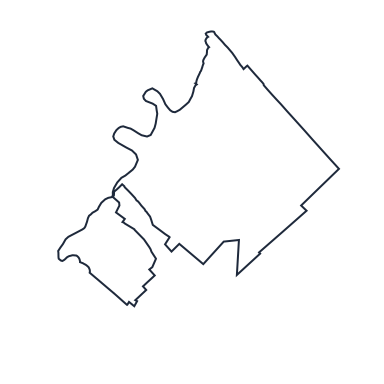 outline of Dranic, Dolj, Romania, rotated 220°
{"feature_id": "2599482B41865085519880", "entity_name": "Dranic", "entity_type": "district", "adm_level": 2, "iso_a3": "ROU", "parent_name": "Romania", "parent_adm1": "Dolj", "projection": "orthographic", "projection_center": [23.87, 44.068], "detail": "fine", "context": "isolated", "style": "outline", "palette": "slate", "viewbox_px": 384, "rotation_deg": 220, "n_neighbors": 0, "source": "geoboundaries", "source_scale": "gbopen_adm2", "svg_char_len": 4012}
<svg xmlns="http://www.w3.org/2000/svg" viewBox="0 0 384 384"><g transform="rotate(220 192 192)"><path d="M283.3,321.3L283.2,321.5L282.7,321.6L282.4,321.6L282.0,321.5L279.4,321.2L279.6,320.7L279.6,320.3L279.7,319.9L279.8,319.6L279.7,318.8L279.6,318.4L279.5,317.6L279.3,317.2L279.1,316.7L278.9,316.5L278.7,316.2L278.3,316.0L277.6,315.6L277.2,315.4L276.9,315.1L276.6,314.9L276.0,314.8L274.8,314.4L273.8,314.2L273.0,314.0L272.1,313.9L272.2,313.6L272.1,313.2L272.2,312.8L272.2,312.3L272.1,312.0L271.9,311.5L271.9,311.1L271.8,310.7L271.6,310.3L271.3,309.8L270.9,309.3L270.5,308.9L270.2,308.4L269.9,307.9L269.5,307.4L269.1,306.8L269.0,306.5L269.0,306.2L269.0,305.8L269.0,305.5L268.9,305.2L268.9,304.8L268.8,304.3L268.8,303.5L268.6,302.5L268.4,301.6L268.2,300.6L267.7,299.5L267.4,299.1L267.1,298.8L266.7,298.6L266.2,298.2L265.8,298.0L265.7,297.8L265.6,297.6L265.6,297.3L265.5,297.0L265.1,295.9L264.6,294.7L264.2,293.9L264.0,293.2L263.7,292.5L263.3,291.5L262.9,290.1L262.9,289.6L262.9,289.3L262.8,288.9L262.5,288.2L262.2,287.0L261.8,285.5L261.5,284.2L260.5,281.2L259.7,279.5L258.8,278.1L259.2,277.4L257.5,277.4L257.9,276.1L257.3,273.0L255.5,269.8L253.6,265.4L253.1,262.6L252.3,258.8L252.8,255.1L254.2,247.1L255.3,244.3L256.3,242.2L258.5,240.9L261.3,240.6L264.9,241.2L268.8,242.1L273.9,244.6L279.6,246.6L283.3,246.9L289.0,245.9L291.3,241.4L291.8,239.1L291.1,234.2L288.8,232.5L285.8,232.1L283.7,232.8L279.0,234.4L274.9,234.9L271.6,231.9L268.9,229.6L263.7,220.9L261.9,217.0L260.3,209.1L262.1,205.6L267.1,203.1L271.0,202.4L276.5,201.7L279.8,201.1L282.3,199.9L286.9,198.1L288.5,196.1L289.3,193.9L289.7,190.8L289.2,186.8L288.0,183.9L287.8,183.8L285.0,182.1L279.9,182.2L271.1,183.8L264.7,185.2L259.0,184.8L254.1,181.8L251.9,174.7L251.8,171.1L253.6,161.8L255.2,157.5L255.4,151.3L254.3,144.9L252.6,141.0L250.5,138.6L250.1,136.6L252.4,133.7L253.8,130.6L254.5,125.4L253.8,120.9L253.0,117.9L253.1,117.4L253.8,115.0L254.9,112.2L255.1,109.7L255.6,107.7L254.9,105.1L253.3,101.7L251.5,96.9L251.3,95.2L251.5,94.2L252.0,92.6L254.9,85.5L256.6,81.4L257.9,78.2L258.4,74.5L257.4,69.1L257.1,64.8L256.6,60.8L255.2,59.5L254.0,58.1L252.6,56.5L251.7,55.6L251.1,55.2L250.0,55.2L248.9,55.2L248.4,55.2L247.9,55.5L247.1,55.7L246.7,56.5L246.2,58.0L246.0,59.3L245.9,60.6L245.7,62.0L244.9,63.9L243.8,65.4L243.1,66.5L241.9,67.5L239.7,69.0L238.7,69.1L237.1,69.0L235.8,68.6L234.8,68.1L233.2,66.9L232.7,66.3L229.8,67.3L228.0,67.6L226.9,67.9L225.6,68.0L224.3,68.0L222.8,67.9L221.5,67.3L220.4,66.7L219.8,66.2L219.0,65.3L218.5,64.4L217.7,64.4L185.4,64.2L171.2,63.8L169.2,63.8L169.1,64.2L169.6,67.3L162.8,67.4L163.9,73.1L165.9,72.7L164.1,87.5L168.9,88.2L168.3,93.1L168.3,93.3L166.9,104.1L174.9,105.2L174.1,108.9L176.7,117.7L176.9,117.8L184.7,120.2L186.9,121.5L189.2,122.3L198.3,124.8L211.6,126.1L212.2,126.4L223.0,124.7L223.9,124.7L224.7,124.7L225.9,124.3L226.2,128.2L237.1,127.5L238.9,135.0L241.1,137.1L249.3,137.3L249.7,139.3L251.9,142.2L251.3,145.3L250.8,149.1L250.5,153.0L247.5,152.9L246.6,152.4L241.7,152.0L237.1,151.5L231.8,150.8L229.1,149.9L227.4,150.1L225.5,149.8L222.0,149.0L217.4,148.4L215.2,147.5L214.2,147.6L212.4,147.1L208.3,146.2L205.4,144.5L200.9,141.6L192.9,142.1L185.4,142.5L180.3,143.1L180.1,143.0L179.0,134.6L169.4,133.2L168.4,144.1L137.0,144.0L135.8,174.4L125.2,185.4L104.3,157.3L100.2,188.6L101.8,188.8L97.0,219.6L92.2,251.3L99.7,251.8L97.0,278.3L94.3,304.2L108.5,306.1L133.9,309.7L145.2,311.4L171.8,315.1L180.3,316.4L187.0,317.2L193.1,318.0L200.6,319.1L205.0,319.8L205.6,319.9L205.9,320.1L206.2,320.4L206.4,320.6L206.8,320.8L209.0,321.2L211.5,321.5L215.4,322.1L219.1,322.6L230.8,324.4L231.0,323.6L231.2,322.0L231.4,320.0L231.5,319.3L233.4,319.9L235.1,320.2L236.6,320.4L238.9,321.1L242.2,322.0L245.7,323.1L250.6,324.4L256.6,325.4L257.0,325.5L258.9,325.7L261.3,325.9L264.7,326.5L268.5,327.0L269.9,327.1L272.6,327.5L275.4,327.7L276.3,328.1L277.1,328.4L277.6,328.7L277.9,328.8L278.2,328.8L278.5,328.7L279.8,327.9L280.7,327.1L281.9,325.6L283.1,323.8L283.2,323.2L283.2,322.2L283.3,321.3Z" fill="none" stroke="#1e293b" stroke-width="2"/></g></svg>